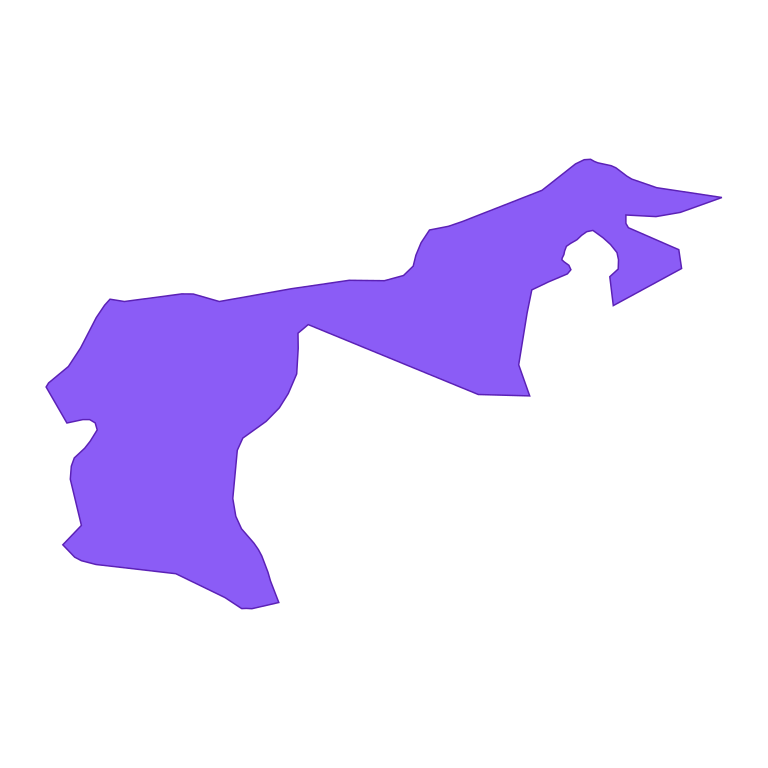 outline of Appenzell Ausserrhoden
{"feature_id": "CHE-166", "entity_name": "Appenzell Ausserrhoden", "entity_type": "Canton", "adm_level": 1, "iso_a3": "CHE", "parent_name": "Switzerland", "parent_adm1": "", "projection": "equal_earth", "projection_center": [9.395, 47.359], "detail": "fine", "context": "isolated", "style": "filled", "palette": "violet", "viewbox_px": 768, "rotation_deg": 0, "n_neighbors": 0, "source": "natural_earth", "source_scale": "10m", "svg_char_len": 1384}
<svg xmlns="http://www.w3.org/2000/svg" viewBox="0 0 768 768"><path d="M527.1,313.0L518.7,364.8L529.7,395.9L478.3,394.5L308.2,324.6L298.0,333.2L298.2,348.3L296.7,373.9L288.3,393.5L279.3,407.9L266.1,421.4L242.8,438.1L237.3,450.3L232.8,498.5L235.8,516.3L241.5,528.8L253.9,543.1L258.4,549.6L261.8,556.0L268.0,572.3L270.5,581.0L278.8,602.5L251.9,608.7L246.2,608.4L241.7,608.6L225.0,597.6L175.8,573.7L96.0,564.5L81.4,560.7L74.7,557.2L62.8,544.8L81.4,525.4L70.3,479.2L71.3,466.2L74.3,457.9L84.7,448.2L90.2,441.2L97.2,429.9L95.2,422.9L89.7,419.6L82.8,419.6L66.9,423.0L46.1,387.0L48.6,382.9L68.4,366.5L80.6,347.9L96.3,317.5L104.6,305.2L110.0,299.2L124.4,301.5L181.7,293.9L193.2,294.0L219.3,301.5L291.5,288.7L349.1,280.3L384.4,280.7L403.5,275.5L413.2,266.1L415.9,255.2L421.1,242.7L429.5,230.0L448.4,226.3L461.9,221.7L542.0,190.3L575.5,163.9L584.2,159.7L590.6,159.3L594.3,161.4L597.8,162.8L611.2,165.7L615.9,167.8L626.8,176.1L631.8,179.1L656.7,187.7L721.9,197.5L680.3,212.4L656.0,216.6L625.9,215.0L625.9,223.4L628.4,227.7L678.8,249.7L681.6,268.5L613.3,305.6L609.8,276.7L618.2,269.0L618.5,259.8L617.0,252.6L610.5,244.5L603.1,237.8L592.9,230.4L586.7,231.7L581.5,235.4L577.0,239.7L570.6,243.4L566.4,246.3L564.6,251.1L563.9,254.6L562.2,258.0L561.9,259.8L564.2,261.9L568.9,265.3L570.9,269.7L567.4,273.9L548.5,281.9L531.8,289.9L527.1,313.0Z" fill="#8b5cf6" stroke="#5b21b6" stroke-width="1.5"/></svg>